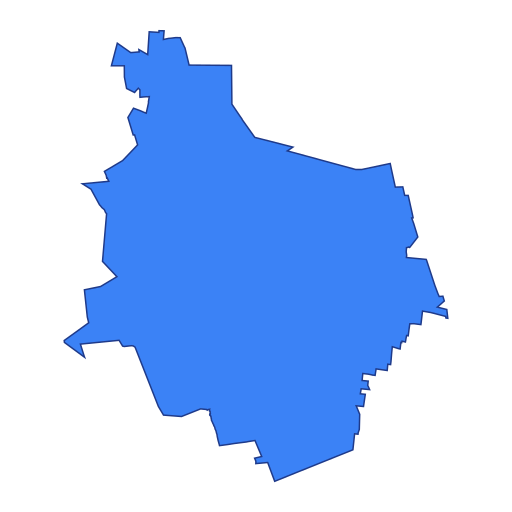 Ocampo, Tamaulipas, Mexico (Albers equal-area conic projection)
{"feature_id": "50627088B71121677277682", "entity_name": "Ocampo", "entity_type": "district", "adm_level": 2, "iso_a3": "MEX", "parent_name": "Mexico", "parent_adm1": "Tamaulipas", "projection": "albers", "projection_center": [-99.342, 22.844], "detail": "fine", "context": "isolated", "style": "filled", "palette": "blue", "viewbox_px": 512, "rotation_deg": 0, "n_neighbors": 0, "source": "geoboundaries", "source_scale": "gbopen_adm2", "svg_char_len": 3292}
<svg xmlns="http://www.w3.org/2000/svg" viewBox="0 0 512 512"><path d="M274.7,481.3L296.7,472.4L352.9,449.8L354.6,433.8L358.0,434.2L358.2,432.6L359.3,429.5L359.7,414.3L356.2,405.8L363.5,406.5L365.3,394.3L360.3,393.8L361.2,388.8L369.6,389.6L368.3,386.6L367.7,385.4L367.8,384.8L368.2,381.1L362.1,380.5L362.8,373.5L366.1,373.9L368.0,374.1L370.6,374.6L372.6,375.1L373.1,375.1L375.1,375.4L376.1,368.9L380.2,369.5L387.2,370.5L387.8,364.2L390.6,364.6L391.0,361.3L391.6,353.8L391.8,351.6L392.3,346.7L398.4,348.6L400.1,349.0L400.9,342.5L401.7,342.7L402.0,341.2L405.4,342.0L405.7,340.5L406.0,338.5L406.6,335.5L408.2,335.8L409.0,329.5L409.8,323.8L414.0,323.7L420.9,324.6L421.2,322.3L422.5,311.1L430.6,312.5L434.2,313.4L441.8,315.4L445.7,316.4L445.9,318.0L447.8,318.3L446.8,309.5L437.3,307.1L444.3,301.0L442.9,296.2L439.2,296.5L437.9,293.6L434.8,285.3L426.7,260.6L426.2,259.4L409.3,257.8L406.4,257.5L406.7,255.3L406.2,251.9L406.5,247.8L406.5,247.6L407.0,247.6L408.7,247.0L409.4,247.5L409.8,247.3L417.8,237.0L413.7,223.5L411.7,218.0L413.1,217.8L412.5,214.8L408.2,195.4L404.7,195.4L402.8,186.9L395.3,187.1L391.6,170.2L390.2,163.5L361.8,169.5L358.0,169.5L355.7,169.5L287.3,150.9L292.9,147.1L254.8,137.4L242.3,119.8L241.9,118.9L241.8,118.7L241.7,118.6L239.8,115.9L231.9,104.2L231.5,65.4L189.1,65.1L185.0,48.0L184.4,46.9L180.2,37.7L175.8,37.6L171.0,38.2L168.6,38.4L163.4,39.5L164.1,30.8L159.0,30.7L158.9,32.4L149.2,31.8L147.7,54.6L138.9,49.6L139.2,51.9L133.4,52.4L130.7,52.6L117.3,43.2L111.4,65.8L124.3,65.8L124.4,75.9L124.4,77.0L126.6,88.5L127.6,89.0L134.6,92.5L135.4,91.5L136.4,90.3L137.1,89.6L138.3,88.2L138.5,88.4L139.6,89.5L139.9,89.8L139.9,90.5L139.9,93.3L139.9,94.3L139.9,95.9L140.0,97.3L141.9,97.1L144.0,96.9L146.7,96.7L147.1,96.8L147.6,96.8L149.3,96.6L148.4,101.8L148.5,102.8L147.3,108.4L146.2,113.2L143.9,112.3L143.2,112.0L141.4,111.2L140.5,110.8L133.5,108.2L127.9,117.5L133.2,135.0L134.6,134.9L137.6,144.9L122.6,160.6L104.4,171.4L106.2,175.3L106.5,176.9L106.7,178.1L107.2,177.9L108.8,181.3L82.4,183.8L91.0,189.2L99.5,204.8L100.4,205.7L101.9,207.6L104.3,209.6L105.2,211.6L105.6,212.6L106.6,213.7L102.5,261.4L116.9,276.7L100.6,286.5L84.4,289.8L87.3,317.0L88.7,322.8L67.0,338.5L64.2,340.5L64.4,342.4L84.6,357.3L83.9,355.3L80.4,344.1L119.1,340.3L122.6,346.1L124.2,346.5L130.3,345.8L131.9,345.7L133.4,346.0L135.1,347.2L158.4,406.5L163.0,414.2L163.1,414.4L163.5,415.1L181.5,416.5L187.3,414.2L200.6,408.9L206.7,409.5L207.2,410.2L208.3,409.5L209.5,409.3L209.4,409.5L209.6,410.0L209.7,410.3L209.5,410.5L209.5,411.0L209.9,411.4L210.0,411.5L210.3,411.9L210.3,412.0L210.2,412.2L210.1,412.4L210.1,412.7L210.2,413.0L210.2,413.3L210.3,413.5L210.1,413.6L209.8,413.9L209.8,414.1L209.7,414.3L209.9,414.7L209.9,415.0L210.2,414.8L210.3,415.1L210.4,415.3L210.5,415.5L210.7,415.9L210.9,416.9L211.0,416.9L211.1,417.6L211.3,418.5L211.2,418.7L211.4,418.9L211.4,420.1L212.3,422.0L213.1,423.9L213.6,424.6L213.7,425.4L214.3,426.5L214.7,427.1L215.1,429.0L215.9,430.6L216.7,433.8L217.0,434.3L217.1,435.6L217.3,436.8L217.8,439.0L218.1,440.4L218.6,442.2L218.9,443.3L219.2,444.2L219.3,444.8L219.5,445.6L221.2,445.4L227.9,444.5L234.2,443.5L246.9,441.9L247.5,441.7L255.0,440.5L261.7,456.5L254.6,458.2L255.8,461.0L255.9,462.5L255.8,463.6L267.7,462.5L272.6,475.7L274.7,481.3Z" fill="#3b82f6" stroke="#1e3a8a" stroke-width="1.5"/></svg>